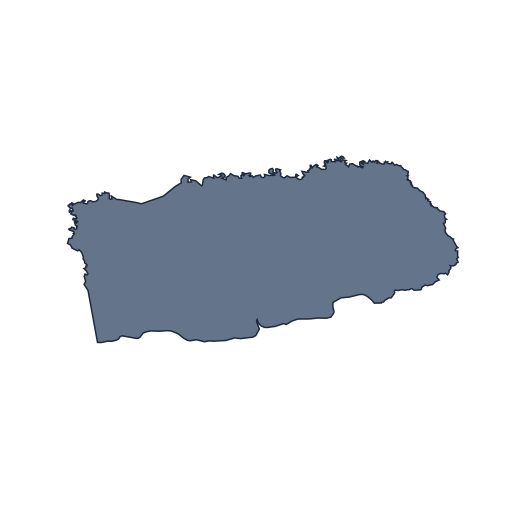 Cémaco, Emberá, Panama, rotated 108°
{"feature_id": "35544464B97787935745550", "entity_name": "Cémaco", "entity_type": "district", "adm_level": 2, "iso_a3": "PAN", "parent_name": "Panama", "parent_adm1": "Emberá", "projection": "equal_earth", "projection_center": [-77.717, 8.422], "detail": "fine", "context": "isolated", "style": "filled", "palette": "slate", "viewbox_px": 512, "rotation_deg": 108, "n_neighbors": 0, "source": "geoboundaries", "source_scale": "gbopen_adm2", "svg_char_len": 6114}
<svg xmlns="http://www.w3.org/2000/svg" viewBox="0 0 512 512"><g transform="rotate(108 256 256)"><path d="M211.4,67.4L210.6,68.2L207.7,66.9L205.7,67.6L205.2,68.4L204.5,65.5L203.5,64.1L202.0,63.2L200.8,63.2L199.4,61.8L196.8,64.3L194.8,63.2L194.1,64.1L188.9,65.8L189.5,67.5L188.8,68.4L187.0,67.9L185.6,66.5L185.0,68.1L182.3,71.0L179.8,73.5L178.9,73.3L178.9,74.6L177.8,77.3L177.2,80.0L174.9,83.3L172.7,84.3L170.9,84.2L167.1,87.7L165.9,86.3L162.5,87.2L162.2,86.3L161.4,88.2L158.9,89.5L157.3,88.7L155.7,91.2L156.4,94.8L154.7,98.4L154.1,98.6L154.8,101.9L153.7,104.0L154.3,104.8L153.1,105.9L152.7,105.6L153.0,105.2L152.4,105.3L152.2,106.6L150.6,106.6L150.3,108.2L150.6,109.2L149.6,110.1L148.9,109.4L148.1,111.5L149.0,112.2L145.7,114.0L143.7,117.1L143.4,119.9L141.6,123.5L141.8,125.3L142.3,125.8L141.7,128.8L140.8,129.0L140.4,130.5L139.9,130.8L139.7,130.3L138.6,131.5L138.3,130.9L136.7,132.7L137.0,135.2L136.6,135.7L136.0,135.1L135.7,135.7L133.8,135.8L133.1,137.4L132.2,136.1L131.7,136.7L128.5,137.3L128.6,139.0L127.9,140.4L128.1,142.2L125.4,146.4L126.0,148.1L125.5,150.8L126.9,152.0L124.8,155.3L125.2,155.9L126.2,155.5L127.1,157.9L126.8,160.0L125.8,159.9L126.5,161.1L126.2,161.8L126.9,161.6L127.1,162.9L128.8,162.5L129.5,163.7L129.4,168.6L130.3,169.5L128.6,170.2L128.3,168.9L127.8,169.9L128.3,171.6L130.2,172.4L129.4,173.4L129.7,174.3L131.1,174.8L129.6,177.7L133.3,178.5L133.9,182.0L133.2,183.0L132.5,182.1L132.3,183.6L133.6,185.1L135.4,182.8L135.2,184.5L134.1,185.2L134.7,186.3L136.2,186.0L138.0,184.6L138.0,181.7L139.1,181.8L139.2,183.0L138.7,185.2L139.8,186.6L139.1,187.6L139.4,188.7L138.4,192.7L139.6,195.3L142.5,195.5L141.2,199.3L139.7,198.6L139.9,200.0L139.4,200.6L138.2,200.6L137.4,199.9L137.7,203.4L140.1,204.1L139.8,205.6L136.7,205.1L135.6,202.5L134.7,204.1L134.7,205.7L137.6,207.7L137.1,209.4L138.3,208.7L139.0,206.9L140.0,207.4L140.4,208.1L139.5,210.1L139.7,211.1L140.2,211.1L140.8,209.8L141.9,209.7L142.9,213.7L141.2,214.1L141.0,215.2L143.1,217.6L143.8,216.4L145.2,216.7L143.9,219.4L144.3,220.2L146.4,219.8L146.5,218.7L147.6,218.8L148.0,217.8L149.5,219.3L149.5,217.0L150.8,216.4L152.2,216.8L153.3,220.4L152.4,224.2L152.6,225.5L152.0,226.2L150.8,225.1L150.2,226.3L150.6,227.3L152.7,229.0L154.9,229.8L152.8,231.5L153.0,232.5L156.1,231.2L156.9,232.1L157.8,231.8L158.8,233.1L159.9,232.0L160.6,233.2L161.3,238.5L163.5,236.4L164.5,234.5L165.6,235.5L166.4,235.3L166.8,236.3L168.1,235.8L169.4,237.2L169.8,238.1L169.5,240.7L168.7,241.7L167.4,241.7L166.4,240.7L165.8,242.8L166.2,243.3L168.8,242.7L170.7,247.8L170.1,251.2L172.9,253.2L173.1,254.3L172.1,257.6L169.9,257.8L167.7,259.8L166.5,259.3L166.6,263.0L167.1,264.0L168.5,263.9L170.0,261.9L171.0,262.3L171.2,265.7L168.4,266.4L167.7,267.6L169.0,269.5L170.5,270.2L172.8,269.6L173.1,267.9L172.7,264.0L173.5,263.2L175.5,268.8L175.8,273.2L177.7,272.1L179.3,273.1L179.3,275.3L177.6,276.9L179.9,281.0L182.0,282.9L180.9,284.6L182.4,286.2L181.8,287.5L180.6,286.3L178.9,286.6L179.0,287.7L181.0,291.3L180.8,294.6L181.3,294.9L181.6,292.9L182.5,292.0L183.5,292.4L182.8,294.4L183.9,295.0L184.5,295.2L186.5,293.7L187.2,296.2L185.8,297.8L186.4,301.9L185.5,305.6L188.5,306.7L190.4,308.7L192.8,307.8L192.6,312.4L190.4,310.2L188.9,310.3L187.7,312.3L187.8,314.3L189.9,316.5L189.7,313.9L190.3,313.2L193.1,316.4L193.4,317.5L192.0,321.1L192.8,321.3L195.1,320.2L195.0,325.6L196.6,326.8L197.6,329.1L200.0,329.8L204.5,328.9L206.1,329.3L203.1,336.7L203.6,341.7L205.4,340.3L206.9,343.3L203.9,344.5L201.3,342.8L201.6,349.4L206.4,350.9L209.5,349.7L215.0,354.4L227.8,362.7L241.4,380.6L241.9,382.3L242.1,386.1L244.7,404.2L245.3,405.9L243.7,412.0L246.4,410.7L247.1,412.1L246.7,413.4L244.3,413.8L241.6,415.3L242.1,417.3L241.9,419.7L243.3,419.3L243.7,421.7L245.7,421.3L246.4,421.9L246.6,423.0L245.9,425.0L246.4,426.5L248.1,425.8L250.2,423.6L252.2,424.1L253.5,425.2L254.9,427.8L254.5,430.3L255.1,431.6L256.1,432.6L257.8,432.4L258.7,433.1L259.1,436.4L257.9,437.8L257.3,435.9L256.3,435.5L256.0,437.4L259.5,439.6L259.8,441.5L263.0,445.0L262.5,446.9L263.4,446.6L263.5,445.9L264.3,446.1L263.8,446.6L264.0,447.2L263.2,447.9L264.1,448.1L263.9,448.8L265.6,449.6L265.7,450.2L266.5,450.2L268.0,446.7L267.2,445.6L269.6,443.8L270.3,445.7L269.8,447.0L270.6,446.5L271.1,447.6L271.9,447.0L271.1,446.3L270.8,444.8L273.2,445.2L273.7,441.6L273.1,441.4L272.8,440.2L273.5,439.5L274.1,439.7L275.2,438.1L276.3,438.3L276.5,441.4L278.0,441.5L278.1,438.7L278.7,438.4L278.1,436.7L278.4,436.1L280.1,436.9L279.9,437.6L279.1,437.5L279.7,439.2L282.4,437.3L282.9,435.1L284.1,435.7L284.7,435.0L285.9,435.4L286.5,436.2L286.6,437.3L285.4,437.8L285.6,440.3L287.1,440.6L287.6,442.0L288.4,442.4L288.9,441.5L289.1,436.9L290.2,436.2L291.0,436.7L291.2,435.7L294.2,436.8L296.1,436.6L297.1,439.3L302.3,439.1L302.8,436.0L305.4,433.3L306.2,427.1L304.8,426.3L305.8,423.9L307.2,422.3L310.7,419.7L312.0,419.7L313.8,417.5L315.6,416.7L316.4,414.1L317.7,413.7L318.2,414.7L319.9,414.1L321.1,415.8L322.6,412.7L324.9,410.3L326.1,410.7L326.0,412.9L326.3,413.3L327.5,412.7L328.3,413.2L333.0,410.1L336.2,410.7L340.7,405.1L387.2,380.0L386.1,376.4L382.8,370.7L381.7,366.9L379.3,362.9L377.2,360.9L374.8,360.4L373.3,358.8L371.4,344.7L370.5,342.5L368.9,341.2L364.0,339.4L361.6,336.3L359.7,332.7L357.4,324.7L354.4,317.3L353.5,313.4L354.0,306.1L356.6,299.3L357.4,295.0L357.0,292.5L354.0,286.6L353.5,278.6L351.3,274.5L350.0,269.7L345.6,258.4L340.4,250.8L339.4,245.3L334.2,234.0L331.7,231.6L324.4,230.3L318.7,234.8L316.9,235.6L316.0,235.3L318.8,233.3L320.8,230.0L321.3,226.2L320.6,223.4L316.9,215.8L311.7,208.8L311.8,206.1L306.5,201.4L303.0,196.6L299.3,185.6L295.9,178.0L293.3,169.5L290.8,165.8L286.2,164.4L284.4,164.8L280.7,167.1L276.5,168.5L269.5,162.2L266.2,154.6L260.6,145.5L259.6,142.8L259.5,140.1L260.3,136.9L262.2,132.1L264.3,128.9L262.0,122.4L261.6,122.6L260.1,120.3L258.5,120.0L254.9,116.8L253.9,114.4L248.2,112.7L246.4,113.6L245.4,113.2L244.9,110.2L243.0,106.8L242.5,103.3L241.4,102.0L240.9,100.1L239.0,98.1L238.9,97.1L239.7,95.2L237.4,89.1L236.5,88.5L234.6,88.7L231.5,86.3L231.2,83.8L228.6,79.3L225.0,77.4L222.2,74.3L220.4,77.4L217.3,77.1L215.5,74.9L214.8,71.7L213.8,70.5L214.7,68.0L211.4,67.4Z" fill="#64748b" stroke="#1e293b" stroke-width="1.5"/></g></svg>